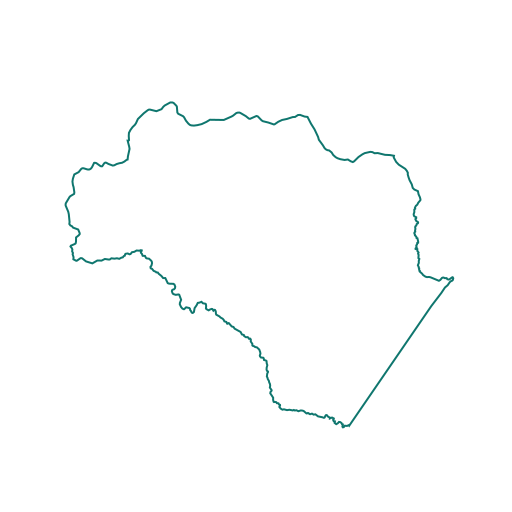 Corinto, Cauca, Colombia (Robinson projection), rotated 193°
{"feature_id": "7082276B3788770543565", "entity_name": "Corinto", "entity_type": "district", "adm_level": 2, "iso_a3": "COL", "parent_name": "Colombia", "parent_adm1": "Cauca", "projection": "robinson", "projection_center": [-76.211, 3.145], "detail": "fine", "context": "isolated", "style": "outline", "palette": "teal", "viewbox_px": 512, "rotation_deg": 193, "n_neighbors": 0, "source": "geoboundaries", "source_scale": "gbopen_adm2", "svg_char_len": 6123}
<svg xmlns="http://www.w3.org/2000/svg" viewBox="0 0 512 512"><g transform="rotate(193 256 256)"><path d="M144.1,384.7L148.1,384.5L153.1,383.6L160.5,383.7L163.6,382.8L165.9,383.4L168.0,383.2L173.2,380.7L175.2,379.0L178.4,375.5L181.7,370.3L182.8,369.3L185.0,369.6L188.2,370.7L191.3,369.5L195.7,369.3L198.6,369.6L200.6,370.2L203.5,371.8L205.6,373.9L207.2,374.7L208.5,375.3L210.3,375.2L212.1,375.7L213.5,376.6L215.7,378.9L220.9,383.4L222.3,386.0L227.4,392.5L232.2,397.3L237.1,403.1L240.0,402.8L244.8,403.4L246.8,402.8L249.2,400.3L251.5,399.6L256.7,396.5L261.2,394.4L264.5,391.8L267.5,388.5L268.2,388.2L273.9,388.8L279.6,388.9L281.0,389.4L285.6,392.4L286.4,392.5L287.1,392.5L292.7,388.3L293.9,388.3L297.4,390.0L303.5,391.9L304.6,392.0L306.0,391.6L307.3,390.9L309.9,387.6L311.2,386.4L318.0,381.3L331.5,378.4L334.5,375.5L338.6,372.3L342.6,370.3L345.8,369.1L348.5,368.7L350.0,368.9L351.7,369.8L354.7,372.1L357.3,375.0L358.5,375.8L363.8,377.1L364.9,378.1L366.7,383.7L367.4,384.5L370.7,386.6L372.1,386.8L374.1,386.3L378.8,382.1L379.9,380.5L381.1,377.8L385.6,374.7L392.2,374.8L393.2,374.6L394.3,373.7L397.4,369.9L401.9,362.9L402.8,358.4L403.5,356.6L405.3,353.8L406.7,350.5L407.5,347.4L407.0,344.4L405.8,340.3L406.2,339.6L407.0,339.5L404.1,333.9L403.3,331.9L403.2,324.2L402.8,321.1L403.7,320.6L405.5,318.4L407.5,316.7L409.9,315.7L412.4,314.3L414.5,312.5L415.9,311.9L420.5,312.5L422.9,313.2L423.9,313.1L424.8,312.1L426.0,308.9L426.8,308.6L427.7,308.6L432.5,310.6L434.0,310.6L434.7,310.3L435.7,305.9L436.4,304.2L437.2,303.3L438.1,302.7L439.7,302.4L443.8,302.7L445.0,302.4L445.9,301.5L447.7,297.8L451.4,294.6L451.8,290.1L451.6,287.3L450.4,284.1L449.2,282.0L447.3,277.1L447.2,275.6L450.3,272.6L450.9,271.7L452.8,265.8L453.2,264.5L453.1,263.3L452.8,262.3L448.9,256.9L447.8,254.6L445.3,247.2L445.1,245.2L443.7,244.0L442.0,243.6L440.6,242.5L435.2,241.8L433.0,238.7L432.7,237.8L433.3,236.4L435.5,233.6L434.6,229.4L434.6,227.7L435.3,226.9L438.7,224.4L438.9,223.5L437.3,222.3L436.4,221.1L436.2,219.2L435.0,217.7L435.1,216.5L433.5,213.8L433.2,211.7L430.1,210.9L429.4,211.2L426.5,214.4L425.8,214.6L424.8,214.6L420.4,212.5L413.8,212.0L409.6,215.9L405.4,216.8L402.6,219.1L398.8,219.4L397.7,219.7L396.4,221.2L393.2,221.6L391.0,222.5L388.6,222.5L386.8,224.1L385.5,224.7L384.8,226.2L383.9,226.8L383.9,228.3L383.4,228.9L381.5,229.6L379.6,229.2L378.7,229.7L377.7,231.8L375.5,232.7L373.6,234.5L370.9,234.9L369.7,235.7L368.6,235.8L368.5,235.4L369.1,234.1L368.9,233.3L367.7,232.5L366.5,230.7L364.2,231.1L362.8,229.4L362.0,229.1L359.6,229.3L357.0,227.8L356.3,227.1L355.7,225.7L355.7,223.2L356.4,221.6L355.8,220.3L354.4,220.1L352.4,218.5L350.1,218.1L349.5,217.6L347.9,217.8L346.8,216.8L343.7,215.3L341.5,213.6L339.4,214.1L335.9,209.7L334.4,209.5L330.3,210.3L329.1,209.9L327.8,208.0L327.7,206.5L328.3,205.2L329.6,204.4L330.1,203.7L330.0,202.6L328.7,200.7L327.9,200.3L325.5,200.1L322.9,201.1L322.1,201.0L319.1,196.5L319.6,193.2L319.4,191.8L317.5,189.4L316.0,188.3L314.7,187.9L314.1,188.0L312.5,190.3L309.2,190.3L308.4,189.6L307.8,188.3L307.0,187.8L306.1,186.6L305.3,186.2L304.8,186.3L303.9,187.5L304.1,191.4L302.8,194.6L302.2,197.2L300.7,197.8L298.8,199.1L297.2,198.0L294.5,198.1L294.0,197.8L293.3,196.0L293.0,193.7L292.4,193.1L289.9,192.4L288.7,193.6L287.2,194.5L286.5,194.5L285.2,193.1L284.4,194.2L283.8,194.2L282.8,193.1L282.0,190.6L281.5,189.9L278.0,188.9L276.8,188.1L274.4,187.4L273.1,186.5L272.1,185.2L270.1,185.1L269.0,183.6L268.5,183.6L267.9,184.4L267.4,184.5L263.8,181.9L262.0,181.8L260.5,180.4L253.9,178.5L252.1,176.4L250.1,176.3L249.5,175.3L247.5,174.6L245.8,175.1L244.0,173.7L243.3,174.2L242.9,174.1L242.2,173.3L241.9,171.5L239.8,169.6L239.4,168.0L238.7,167.7L237.2,167.6L236.4,167.1L234.6,167.2L231.8,165.6L230.3,163.3L229.7,161.8L229.9,159.9L229.5,159.1L228.3,158.2L226.1,158.5L225.5,158.1L224.8,156.5L222.9,156.4L222.1,156.0L221.4,153.8L220.4,152.2L220.5,149.6L220.1,147.5L219.2,146.4L218.4,146.2L218.2,145.7L218.6,144.0L218.3,141.0L217.5,140.1L216.8,138.7L215.4,137.3L214.7,135.8L213.6,134.4L213.0,132.8L212.9,130.9L210.6,128.8L210.5,128.3L211.3,126.7L211.2,125.4L207.4,121.8L207.0,119.8L206.1,118.0L205.6,117.7L204.6,118.1L203.3,118.1L202.6,117.3L201.0,117.5L200.2,116.5L199.2,116.4L198.9,115.7L199.3,114.2L197.7,112.9L195.7,112.2L194.3,112.9L191.1,112.8L188.8,113.7L185.4,113.8L184.5,114.5L183.4,114.2L181.9,114.8L179.8,114.3L177.6,115.6L175.9,115.8L174.7,115.7L171.5,114.0L171.0,114.0L170.2,114.7L169.5,114.7L168.5,114.1L167.7,114.0L166.0,115.0L164.2,114.4L162.5,115.1L159.5,113.7L155.0,113.8L153.4,113.6L152.8,114.1L152.4,116.0L152.0,116.7L151.3,116.9L149.5,115.6L147.7,115.2L147.5,114.3L145.6,115.7L143.6,115.2L143.5,114.8L144.0,114.0L143.6,113.0L143.0,112.5L141.9,112.6L141.9,111.1L140.0,110.2L138.7,111.4L137.8,113.0L136.5,113.1L135.0,112.4L134.3,111.4L133.5,111.4L133.4,109.1L132.8,108.6L132.0,109.0L131.3,110.6L129.1,110.9L127.5,112.1L127.0,111.6L73.9,246.7L67.1,261.7L64.8,267.8L62.7,270.6L61.3,274.1L60.5,275.2L59.2,276.2L58.8,277.0L58.8,278.7L59.5,279.5L59.9,279.5L62.4,276.7L63.0,276.4L64.3,276.4L65.3,277.3L67.2,276.9L68.3,277.2L69.3,276.9L69.9,276.4L71.0,274.2L72.2,273.0L81.1,274.5L82.7,274.5L84.6,273.9L86.3,274.0L89.0,275.1L90.1,276.1L93.0,277.7L93.0,278.3L93.5,278.5L94.2,280.0L94.2,280.7L94.8,281.1L94.9,281.8L96.2,283.4L95.8,285.9L96.3,287.8L96.2,289.9L97.3,290.5L97.8,293.7L98.6,294.7L98.4,296.0L99.9,297.2L100.4,299.1L101.0,299.2L102.0,298.7L102.2,298.8L102.2,299.4L101.4,300.7L102.1,301.7L102.2,302.5L101.7,303.3L101.8,305.1L101.0,305.4L101.1,306.2L102.7,309.6L103.6,309.6L104.2,310.9L105.8,311.9L106.0,312.8L106.7,313.4L106.9,314.5L106.3,315.5L106.7,316.2L106.8,318.4L107.3,319.5L107.4,320.7L106.7,321.7L106.6,323.3L105.6,324.3L105.6,325.2L106.1,325.7L107.5,326.0L108.8,327.4L109.0,327.9L108.4,328.8L108.6,329.8L110.7,330.3L111.3,331.0L111.8,332.2L111.6,334.3L112.2,336.9L111.5,337.9L112.0,338.8L111.5,340.8L110.4,342.3L109.9,344.4L108.4,347.3L108.5,348.2L109.5,350.1L111.5,352.7L112.8,355.6L116.7,356.4L118.6,357.6L120.3,360.8L123.4,364.4L125.0,366.9L126.5,369.6L126.8,371.3L128.2,372.9L130.2,374.5L137.4,377.1L140.6,379.2L143.9,382.9L144.1,383.6L144.1,384.7Z" fill="none" stroke="#0f766e" stroke-width="2"/></g></svg>